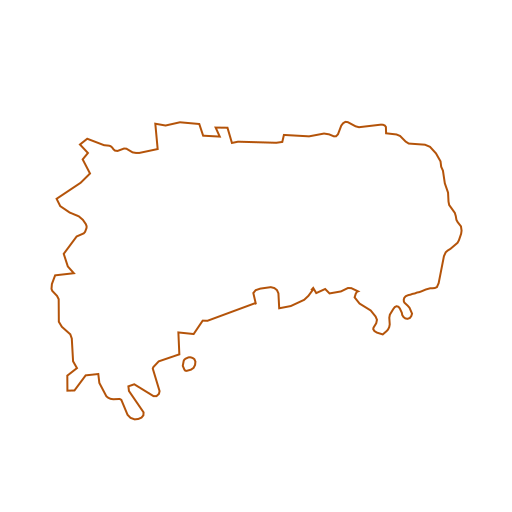 Palencia, Natural Earth projection, rotated 82°
{"feature_id": "ESP-5839", "entity_name": "Palencia", "entity_type": "Autonomous Community", "adm_level": 1, "iso_a3": "ESP", "parent_name": "Spain", "parent_adm1": "", "projection": "natural_earth1", "projection_center": [-4.405, 42.407], "detail": "fine", "context": "isolated", "style": "outline", "palette": "amber", "viewbox_px": 512, "rotation_deg": 82, "n_neighbors": 0, "source": "natural_earth", "source_scale": "10m", "svg_char_len": 2903}
<svg xmlns="http://www.w3.org/2000/svg" viewBox="0 0 512 512"><g transform="rotate(82 256 256)"><path d="M351.3,141.4L348.7,146.9L346.8,149.2L344.7,150.1L343.3,149.6L339.3,146.3L336.0,145.1L332.6,146.0L325.9,150.0L317.5,160.1L310.7,164.1L307.3,162.5L305.5,161.1L305.2,159.9L301.1,166.1L300.5,169.4L302.9,176.8L303.3,188.4L298.3,192.1L301.1,201.5L295.6,203.8L296.9,205.3L297.5,204.5L302.8,209.7L306.1,214.4L310.4,228.5L311.0,240.3L296.1,239.0L292.7,240.0L290.3,242.3L288.9,245.7L288.9,256.3L289.8,261.1L292.3,263.8L303.7,262.8L302.6,263.5L313.4,313.1L312.6,317.8L324.6,328.6L320.9,343.5L342.7,345.6L346.8,367.0L351.7,373.1L353.1,373.9L376.4,370.3L379.0,371.3L380.9,374.0L380.5,377.0L366.1,394.4L367.3,400.5L372.0,400.6L395.2,389.1L398.1,389.7L400.1,391.9L401.0,395.2L400.9,398.9L398.8,402.8L395.4,405.3L379.7,409.4L378.6,410.9L378.0,417.2L377.2,419.9L375.8,422.1L374.1,423.7L359.9,428.8L350.9,428.6L350.5,441.3L363.9,454.5L363.1,461.5L348.2,459.5L342.1,448.9L334.8,451.8L312.1,449.9L307.7,450.8L299.1,458.1L293.7,460.4L271.3,457.4L267.8,458.6L262.2,462.6L260.1,463.1L255.3,462.0L247.2,457.6L247.7,438.8L240.2,443.8L227.1,446.1L211.7,430.9L209.6,423.4L208.3,421.9L204.6,419.9L202.9,419.6L200.7,420.1L196.1,422.4L192.1,425.9L187.0,434.5L179.4,442.9L171.6,445.5L159.1,419.5L151.2,408.9L136.2,414.2L130.6,408.1L121.1,414.8L116.4,406.8L125.1,391.1L126.3,386.2L127.0,384.7L128.6,383.3L130.5,382.3L132.0,381.0L132.7,378.5L131.2,371.7L131.7,369.4L136.2,363.8L137.2,360.6L137.7,357.3L136.4,338.5L111.0,337.3L114.2,327.4L113.0,312.7L117.4,293.8L129.5,291.6L132.7,275.3L123.2,278.1L125.0,266.4L140.7,264.1L140.3,257.9L146.7,220.2L146.7,214.1L140.0,211.5L144.9,186.8L144.2,171.6L145.7,166.7L148.3,162.3L148.6,160.1L146.9,157.9L138.7,153.4L136.6,151.2L135.6,148.8L136.2,146.5L141.4,139.4L142.8,136.1L143.3,114.1L143.7,112.0L144.7,110.3L146.3,109.4L152.6,110.1L155.2,100.0L157.2,96.6L163.5,91.9L165.9,89.1L169.3,73.2L172.1,68.5L179.4,63.5L188.0,60.1L193.4,60.2L197.5,59.0L210.3,58.9L220.0,57.0L229.0,57.8L232.4,57.6L241.0,53.1L244.3,52.6L248.1,52.5L250.5,51.6L255.2,48.9L259.5,48.9L262.6,49.8L268.7,52.9L271.0,54.6L276.0,62.5L277.0,64.8L277.2,65.3L278.7,67.6L282.3,69.9L308.3,78.9L312.0,81.2L312.6,83.4L312.5,85.7L312.2,88.0L312.8,92.5L314.0,97.0L314.5,99.3L314.6,101.7L315.2,103.9L315.3,106.4L315.8,108.5L315.9,110.4L316.2,111.7L316.7,113.4L318.1,115.0L319.9,115.8L321.8,115.9L323.0,115.4L326.3,112.7L328.6,111.2L334.8,109.5L337.1,110.6L338.8,112.3L339.3,114.7L338.6,116.8L337.0,118.4L334.8,119.4L332.5,119.5L327.9,120.9L326.1,122.0L325.3,123.8L325.9,125.7L327.7,127.5L332.7,131.6L335.7,132.6L342.4,133.1L345.0,134.0L347.3,135.6L348.6,137.2L351.3,141.4ZM352.2,330.7L355.4,331.5L358.1,333.4L359.5,336.2L360.1,340.7L359.7,342.0L358.6,342.7L354.6,343.8L349.8,342.2L348.7,341.4L347.9,340.1L347.0,337.0L347.1,335.3L347.7,333.8L348.6,332.4L349.6,331.4L352.2,330.7Z" fill="none" stroke="#b45309" stroke-width="2"/></g></svg>